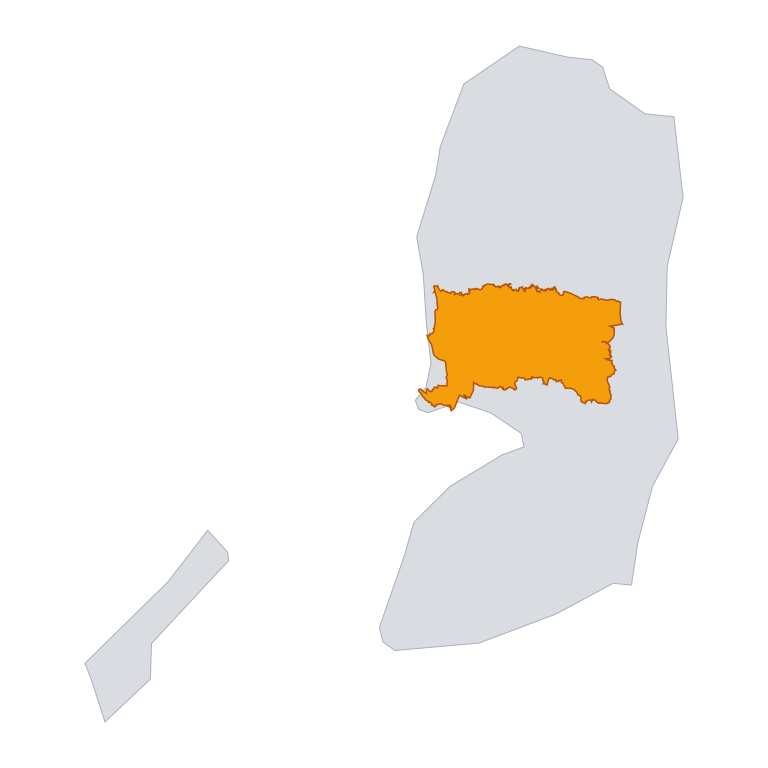 Ramallah & Al Bireh, West Bank, Palestine (highlighted)
{"feature_id": "87354302B37341560226836", "entity_name": "Ramallah & Al Bireh", "entity_type": "district", "adm_level": 2, "iso_a3": "PSE", "parent_name": "Palestine", "parent_adm1": "West Bank", "projection": "orthographic", "projection_center": [35.194, 31.945], "detail": "fine", "context": "in_parent", "style": "filled", "palette": "amber", "viewbox_px": 768, "rotation_deg": 0, "n_neighbors": 0, "source": "geoboundaries", "source_scale": "gbopen_adm2", "svg_char_len": 6787}
<svg xmlns="http://www.w3.org/2000/svg" viewBox="0 0 768 768"><path d="M673.9,116.8L683.1,197.3L667.2,266.3L665.9,326.7L678.2,438.7L652.5,486.4L637.8,542.7L631.5,585.1L613.2,583.3L555.7,614.1L479.1,643.0L394.8,650.5L382.8,641.9L379.5,627.2L404.3,555.9L413.9,522.3L450.4,486.1L502.0,454.9L523.9,446.9L521.4,433.5L490.6,412.8L458.5,402.0L428.0,412.7L418.5,409.3L415.4,400.2L426.0,387.3L431.0,363.4L426.4,323.4L423.3,274.6L416.7,236.8L435.6,175.5L440.4,146.3L464.0,83.8L519.3,46.1L567.0,57.0L592.1,59.8L602.7,67.2L609.6,88.8L644.9,113.8L673.9,116.8ZM207.7,530.3L227.9,552.5L228.5,560.7L151.5,643.4L150.4,679.1L105.0,721.9L91.1,678.9L84.9,663.3L168.1,581.7L207.7,530.3Z" fill="#d9dde1" stroke="#a8b0b8" stroke-width="1"/><path d="M620.6,302.2L619.8,302.2L618.4,301.1L616.7,301.5L615.2,300.0L612.0,299.3L610.6,299.7L609.3,299.6L608.0,300.4L601.1,299.0L598.3,299.7L598.0,299.0L598.2,297.6L595.5,296.8L591.8,296.8L590.8,297.8L586.2,296.9L584.1,297.5L584.2,298.3L583.4,298.6L580.1,298.5L578.2,297.0L569.9,293.0L564.7,291.4L563.6,291.8L563.7,293.0L562.7,295.4L560.5,295.3L558.9,294.0L559.0,293.5L558.5,293.4L557.9,292.3L556.4,291.8L556.1,290.7L556.5,289.8L556.0,289.0L555.6,289.2L555.1,288.6L555.1,287.0L554.8,286.8L553.4,288.0L551.8,288.4L553.4,289.5L552.9,289.8L552.5,289.4L552.3,290.0L550.6,289.6L550.5,290.2L548.8,289.1L548.9,288.6L548.1,288.4L547.8,289.1L546.3,289.0L545.5,289.6L546.1,289.9L546.3,290.7L544.2,290.9L544.0,290.0L543.1,290.1L541.9,289.1L541.1,289.1L541.9,289.7L538.8,291.3L539.4,292.2L538.7,292.1L538.0,291.1L536.8,291.4L537.0,289.8L536.3,289.2L538.7,288.1L538.2,287.6L537.1,288.2L537.9,287.2L537.4,286.3L536.1,287.5L536.3,286.6L535.5,286.9L535.5,286.5L534.7,286.7L533.3,286.1L533.0,285.7L533.3,285.2L532.6,284.4L531.5,284.9L532.2,285.4L531.7,285.8L531.0,287.5L530.4,287.3L531.1,286.0L530.4,287.0L530.1,286.7L529.7,287.2L529.9,287.8L529.5,288.2L528.8,287.8L528.1,288.3L526.6,288.3L526.4,287.7L525.6,287.7L525.7,288.5L524.6,289.1L524.7,289.7L525.4,289.6L525.1,291.4L524.1,290.8L523.8,290.1L524.4,289.2L524.0,288.6L522.7,288.5L522.5,287.0L521.7,287.7L520.4,287.3L519.1,287.9L519.2,288.8L518.8,288.9L518.5,289.7L519.3,290.3L517.9,291.4L516.8,290.9L516.3,289.4L514.1,289.8L513.5,290.1L513.6,290.8L513.0,290.7L511.9,289.6L511.2,287.0L510.2,287.7L509.9,287.3L509.2,287.5L509.0,286.1L508.5,286.3L508.4,285.7L507.7,285.4L510.7,284.1L509.9,283.6L509.3,283.8L510.0,283.9L506.9,284.8L506.4,284.0L505.4,284.4L505.2,284.1L503.6,285.0L503.8,285.5L502.6,285.4L501.5,285.9L501.0,287.3L500.4,287.7L498.9,287.3L499.8,286.6L498.3,286.2L498.6,286.0L495.6,286.9L495.3,286.2L494.5,286.0L494.2,285.4L493.3,285.3L493.7,284.5L487.7,284.1L485.0,284.9L484.4,286.2L483.6,285.9L482.8,286.2L482.2,288.6L480.4,289.8L475.9,288.5L475.8,289.1L475.4,288.7L474.2,289.4L473.0,288.7L473.2,288.9L472.2,289.3L470.7,289.5L469.2,289.0L469.8,290.5L469.3,290.8L468.9,290.4L468.8,291.5L469.8,292.7L468.7,294.1L467.8,294.4L467.3,293.6L464.7,294.2L463.3,295.8L462.6,295.2L461.5,295.1L462.7,294.5L461.7,294.2L461.4,292.6L460.9,292.3L459.4,292.6L459.2,294.3L456.6,293.6L454.5,294.4L454.9,292.3L453.0,291.5L451.0,292.2L451.0,293.1L450.3,293.2L448.1,292.6L447.0,291.6L445.5,291.7L442.9,289.6L442.0,290.9L440.6,290.9L438.9,289.0L437.7,285.8L437.0,286.5L434.9,285.6L433.6,286.6L434.9,290.3L433.7,292.4L435.2,292.0L435.4,292.7L436.8,298.5L437.2,301.3L436.9,302.5L437.4,303.7L437.2,305.6L437.6,306.1L437.8,308.5L437.0,309.4L435.3,310.2L435.0,312.3L435.3,321.7L434.2,328.2L433.4,328.5L434.0,329.8L433.6,332.2L432.6,333.3L429.6,334.1L429.7,335.6L428.4,335.9L427.1,335.5L428.2,338.9L431.6,344.8L433.5,353.9L434.3,355.4L438.7,359.2L444.7,360.9L445.5,362.1L446.5,371.6L447.4,374.5L446.0,377.6L447.3,380.2L446.9,384.9L447.2,385.7L440.9,385.8L438.1,385.3L437.7,387.2L437.0,388.1L435.5,387.2L434.1,387.3L433.9,388.8L432.6,389.5L432.5,390.6L431.9,390.5L431.5,391.6L429.2,391.2L427.6,388.8L426.7,389.2L426.2,390.9L426.4,393.3L424.4,392.3L420.6,389.1L418.8,389.5L418.8,390.7L419.5,392.2L421.0,393.1L422.5,396.4L423.3,396.8L425.8,400.1L427.9,400.8L428.3,402.3L429.4,401.9L429.8,402.6L431.6,403.4L431.6,405.1L433.0,405.7L433.6,405.3L434.4,406.9L435.6,406.3L436.7,404.9L436.5,404.5L441.6,404.0L444.4,405.4L447.2,405.4L447.3,405.9L448.4,406.4L449.4,404.9L449.7,405.1L449.0,406.4L449.8,406.6L450.2,406.0L450.5,406.1L449.9,407.3L451.0,407.5L450.6,408.0L450.5,409.4L451.3,410.7L454.4,408.0L459.4,395.3L465.8,398.5L464.6,395.5L463.2,395.3L464.1,395.0L465.1,395.5L466.3,396.3L467.3,397.9L468.0,397.2L469.9,397.8L473.5,390.0L473.6,382.6L474.4,383.6L476.5,383.4L476.2,384.0L479.7,385.9L482.9,385.9L483.6,386.7L485.0,387.2L486.8,386.8L490.3,387.5L492.9,387.0L493.1,387.6L494.0,387.6L494.0,387.9L495.1,387.5L497.5,388.3L499.2,387.4L499.7,386.3L501.5,387.4L503.0,387.5L502.5,388.3L502.6,389.1L503.4,388.8L503.9,389.9L504.4,390.0L505.8,389.6L505.9,389.2L506.3,389.5L507.0,388.2L507.9,388.2L509.5,387.0L512.6,388.2L514.8,390.0L516.2,389.1L516.3,387.8L516.9,388.4L515.2,385.3L514.8,382.3L515.4,381.6L517.0,381.0L517.9,378.0L517.6,377.4L518.1,377.2L521.9,378.1L523.6,377.6L524.4,378.2L525.0,379.8L526.1,379.8L526.5,379.3L527.8,379.7L528.5,379.1L531.3,379.1L531.4,377.1L532.5,378.1L533.3,377.8L533.2,377.2L535.2,377.7L536.5,377.5L537.8,378.0L537.9,377.6L539.5,377.3L541.6,377.5L542.5,378.2L542.9,379.0L542.7,380.2L543.8,381.5L543.4,383.0L543.7,382.7L544.4,383.3L544.4,383.9L547.0,385.0L548.9,378.3L549.3,378.0L550.3,378.4L550.5,378.0L552.9,378.8L553.8,380.0L555.8,379.6L556.3,381.7L559.1,381.1L559.1,380.5L561.3,379.9L561.4,382.5L562.7,382.9L565.3,388.2L570.1,388.4L570.7,388.1L573.9,389.5L576.7,392.2L578.1,395.1L580.1,395.5L581.0,398.3L580.9,400.4L581.5,401.9L582.9,402.7L584.5,402.8L585.3,403.6L586.0,401.4L586.7,401.5L586.8,400.9L588.1,400.2L590.2,399.9L591.3,401.0L591.6,402.0L592.2,400.7L592.2,399.6L593.1,399.2L593.6,399.3L593.7,400.0L595.7,400.4L595.9,401.4L598.4,403.2L599.1,402.6L600.0,403.2L601.1,402.8L602.2,403.5L603.1,403.2L606.6,403.8L607.4,402.8L608.5,402.9L609.1,402.4L609.1,401.9L609.6,401.7L609.3,400.6L610.8,399.2L611.0,394.4L609.8,392.7L610.3,391.0L609.2,390.4L609.1,389.1L609.8,387.1L607.3,380.9L607.3,378.3L608.0,376.9L608.8,377.2L609.7,376.4L610.8,376.3L611.9,374.6L613.9,373.8L614.7,370.7L615.9,370.3L613.9,367.6L614.3,366.7L613.8,366.4L613.9,366.0L611.9,364.0L612.1,363.5L611.4,362.5L612.2,361.5L612.1,360.8L611.4,360.2L609.9,360.5L609.4,359.9L607.9,360.0L605.8,358.8L608.5,358.8L611.5,357.1L611.0,356.6L611.2,355.8L610.3,355.5L610.4,354.8L609.5,354.7L610.6,353.0L609.4,351.9L610.4,351.7L609.3,350.4L610.1,350.2L608.6,349.5L609.5,347.9L610.2,347.6L610.0,346.1L608.9,344.6L604.7,341.7L602.4,342.0L602.7,341.4L604.7,341.6L608.1,342.8L613.0,337.8L614.3,333.9L614.2,328.0L609.8,326.1L618.8,324.8L619.2,324.4L620.6,324.4L621.6,323.8L622.5,324.1L621.1,321.5L620.1,313.8L620.6,302.2Z" fill="#f59e0b" stroke="#b45309" stroke-width="1.5"/></svg>